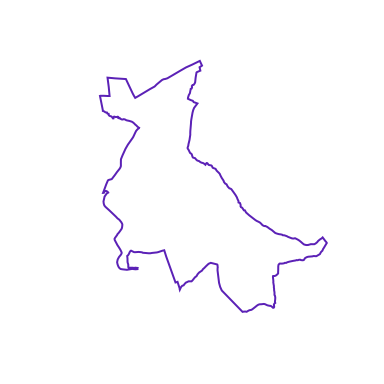 outline of Apetatitlán de Antonio Carvajal, Tlaxcala, Mexico, rotated 154°
{"feature_id": "50627088B98647454285357", "entity_name": "Apetatitlán de Antonio Carvajal", "entity_type": "district", "adm_level": 2, "iso_a3": "MEX", "parent_name": "Mexico", "parent_adm1": "Tlaxcala", "projection": "natural_earth1", "projection_center": [-98.195, 19.35], "detail": "fine", "context": "isolated", "style": "outline", "palette": "violet", "viewbox_px": 384, "rotation_deg": 154, "n_neighbors": 0, "source": "geoboundaries", "source_scale": "gbopen_adm2", "svg_char_len": 6014}
<svg xmlns="http://www.w3.org/2000/svg" viewBox="0 0 384 384"><g transform="rotate(154 192 192)"><path d="M246.5,117.9L244.4,117.6L245.4,110.6L245.7,110.0L245.8,109.5L245.2,110.0L244.1,110.9L243.4,111.4L243.0,111.6L241.8,112.0L240.5,111.8L238.5,112.8L238.2,112.9L236.9,113.3L236.5,113.2L234.2,113.2L231.6,111.9L230.4,112.3L226.8,114.0L224.8,114.4L223.1,115.6L220.9,116.5L217.4,117.0L216.1,117.8L214.3,118.3L211.8,119.2L208.6,120.2L206.2,120.1L201.2,115.9L201.1,115.6L201.1,115.2L202.0,112.8L202.3,112.5L203.4,110.4L205.4,104.6L207.5,98.5L208.3,94.3L208.4,90.4L199.1,62.1L197.9,61.8L196.5,61.2L195.4,60.4L193.1,60.6L191.9,60.5L190.6,60.1L189.4,60.1L185.6,60.9L183.5,61.4L182.1,61.6L180.7,61.5L178.8,60.7L176.5,59.9L175.7,59.3L173.9,57.1L172.3,55.8L171.3,55.2L170.9,54.7L170.5,54.0L169.9,52.4L169.3,52.2L168.6,52.6L168.3,53.2L168.2,53.7L167.9,54.3L167.7,55.0L166.8,55.6L165.8,55.8L165.7,56.7L165.1,57.8L164.5,58.7L164.1,59.4L163.9,59.7L163.7,60.2L163.3,60.9L162.9,62.6L163.0,63.3L162.2,64.9L161.8,65.8L161.3,67.6L160.5,69.4L160.2,70.5L159.6,71.6L159.3,72.7L158.5,75.3L158.2,75.7L157.6,77.1L156.5,80.2L156.0,80.9L155.6,80.8L154.6,80.3L153.9,80.2L152.9,80.2L151.8,80.5L150.6,80.9L150.2,81.2L149.8,82.1L148.6,84.3L147.1,87.3L146.2,88.6L145.8,88.8L144.9,89.2L144.4,89.2L143.2,88.5L141.7,87.9L140.6,87.6L139.5,87.6L138.4,87.0L137.2,87.1L135.0,86.7L131.4,85.8L128.7,85.0L128.1,85.0L126.7,84.3L125.6,84.2L124.4,83.7L124.0,83.1L123.4,82.7L122.4,82.1L121.7,81.9L120.9,82.0L119.7,82.9L118.5,83.1L117.0,83.1L115.7,82.8L112.1,81.4L111.0,81.2L110.3,80.9L108.8,80.0L108.3,79.8L104.3,80.1L103.1,81.0L102.5,81.4L101.8,81.7L100.5,82.1L99.3,83.2L97.8,84.1L93.2,87.1L93.3,88.2L93.6,89.2L94.5,93.9L96.0,93.4L97.0,93.4L98.5,93.1L100.1,92.7L101.5,92.0L103.6,91.5L105.1,91.5L108.0,93.0L110.9,93.5L112.1,94.0L112.9,94.5L114.3,95.7L115.0,97.1L116.0,99.5L116.5,100.6L116.9,101.4L117.7,102.7L118.8,104.2L119.7,105.3L120.7,105.5L121.6,105.9L122.5,106.5L125.3,109.5L126.2,110.8L128.0,112.6L129.3,113.3L129.8,114.2L131.1,115.2L132.2,115.9L133.7,117.2L135.1,118.6L137.0,122.9L138.4,125.1L139.6,127.5L141.0,129.3L141.8,129.6L142.6,130.4L143.3,131.6L143.6,132.8L144.3,134.7L145.2,136.0L146.5,137.6L147.3,138.9L150.8,146.0L152.4,149.9L152.5,152.3L153.4,152.8L153.8,155.9L154.6,156.9L154.6,158.0L154.0,158.9L153.7,161.0L154.2,161.5L154.8,162.2L154.2,163.4L154.2,165.8L154.0,167.4L154.2,170.2L154.7,173.3L155.4,177.3L156.0,178.2L156.8,178.9L157.5,181.2L157.6,183.8L158.5,185.1L158.9,187.2L158.7,187.8L158.7,188.7L159.1,191.6L159.2,194.4L159.1,196.1L159.5,197.6L160.0,198.9L160.5,200.4L160.7,202.5L162.6,204.5L162.8,205.0L162.7,206.2L162.8,206.9L163.0,207.4L165.0,208.9L165.4,209.8L165.4,210.6L165.7,211.3L166.1,211.6L166.6,211.5L168.0,210.6L168.6,212.0L169.4,213.2L170.6,214.2L171.4,215.2L172.1,216.7L172.8,217.3L173.6,218.2L174.1,219.6L174.4,221.0L176.0,222.5L176.1,223.0L176.1,223.6L175.7,225.9L175.8,226.5L176.1,227.1L176.6,228.0L176.6,230.1L176.6,231.6L176.8,232.8L176.7,233.5L176.0,234.3L175.0,235.3L174.3,236.4L171.4,239.9L170.1,241.8L168.8,243.7L168.5,244.1L167.9,245.4L166.8,247.5L163.2,253.5L162.8,254.2L162.5,254.7L162.0,255.7L160.8,257.5L156.8,263.0L155.0,265.1L153.2,266.7L148.3,269.2L150.1,271.1L150.8,271.7L151.1,272.1L151.3,273.6L152.9,275.2L154.8,277.6L154.2,278.6L152.4,280.5L150.6,281.7L147.9,285.3L147.2,285.1L146.2,285.8L145.7,287.3L144.6,287.9L144.0,287.7L143.7,287.6L143.1,287.8L141.9,288.5L141.1,289.2L138.6,293.2L135.6,297.4L135.0,297.6L131.3,297.4L130.5,300.8L127.6,301.2L127.5,306.4L136.4,306.4L142.7,306.6L149.9,306.1L164.3,305.0L166.4,305.3L168.1,305.8L169.9,305.8L174.0,304.8L176.8,304.1L179.3,303.2L184.8,302.9L198.4,301.7L201.8,301.5L202.0,303.8L202.1,306.4L201.9,322.5L211.2,327.8L217.8,331.8L220.8,322.9L224.0,314.4L226.0,315.4L229.4,317.3L232.1,318.6L232.6,318.7L236.3,304.6L236.6,303.9L235.4,302.7L235.1,301.9L234.8,301.5L234.5,301.2L233.6,300.8L233.5,300.4L233.7,300.0L233.7,299.8L233.6,299.5L233.0,298.8L232.7,298.7L232.8,298.3L233.1,297.6L232.9,296.9L232.7,296.6L232.4,296.2L231.5,295.4L231.3,295.2L231.0,294.3L230.9,293.4L230.7,292.7L230.3,292.6L229.7,293.7L229.1,293.9L228.8,293.8L227.6,292.7L226.4,292.3L225.9,292.3L225.7,292.2L225.4,291.8L225.4,291.5L225.5,291.3L225.9,291.2L225.9,290.9L225.3,290.3L225.0,290.4L224.6,290.3L224.4,289.9L224.4,289.4L223.9,288.7L223.1,287.8L222.3,287.5L221.7,287.5L221.4,287.3L220.9,287.0L220.3,286.4L219.6,285.3L218.5,284.4L217.2,283.4L215.3,281.6L214.7,280.7L213.8,278.7L213.6,277.8L212.8,276.1L212.4,274.7L212.0,273.9L211.9,273.5L211.7,273.2L211.4,272.9L211.7,272.6L213.1,272.4L214.3,271.9L215.3,271.5L216.9,270.3L220.6,267.3L221.7,266.6L228.8,262.7L232.8,260.0L238.5,255.3L241.5,252.6L243.1,249.5L244.1,247.4L244.5,246.6L245.0,246.0L245.8,245.3L247.1,244.5L250.7,242.8L253.8,241.1L258.2,238.9L258.6,238.8L259.2,238.9L261.2,239.3L262.0,239.4L262.7,239.1L265.7,236.5L270.5,231.9L272.3,230.2L271.6,229.9L271.2,230.1L270.4,230.8L269.8,231.1L269.4,230.9L268.7,230.5L268.1,229.8L267.7,229.0L267.6,228.2L269.4,228.0L272.6,226.2L275.7,222.3L276.4,220.3L276.7,218.3L276.3,216.6L274.3,211.6L271.2,203.2L270.5,200.9L269.5,199.0L268.8,195.9L268.7,194.2L268.9,193.2L269.5,192.2L270.2,191.1L271.2,189.9L273.3,188.7L275.6,187.5L277.6,186.7L278.1,186.2L281.3,184.5L282.2,183.8L282.5,182.7L282.3,176.7L282.0,174.7L281.7,171.6L281.7,169.3L281.8,168.3L282.2,167.7L283.2,166.9L286.2,165.5L288.4,163.9L290.1,161.7L290.6,159.7L290.8,158.0L290.8,156.6L290.5,155.2L289.9,154.1L288.7,153.2L284.6,150.6L279.5,149.1L276.7,147.3L274.8,146.6L274.6,147.1L274.2,147.6L276.3,148.9L277.0,149.0L277.4,149.2L278.8,150.1L281.5,151.4L282.1,151.7L282.2,151.8L282.2,152.1L282.2,152.4L281.1,154.7L280.8,156.7L280.5,157.6L279.1,160.6L278.4,162.6L278.3,162.9L277.2,163.2L276.6,163.5L275.6,164.2L274.2,165.4L273.5,165.8L272.5,166.0L271.5,164.7L270.4,163.3L269.2,162.7L266.4,161.6L265.4,161.0L264.1,160.2L263.3,159.6L262.9,159.0L262.6,158.8L259.4,156.9L258.1,156.1L256.6,155.3L254.5,154.7L250.1,153.1L248.8,152.8L244.3,152.2L242.5,151.8L243.5,145.1L246.5,117.9Z" fill="none" stroke="#5b21b6" stroke-width="2"/></g></svg>